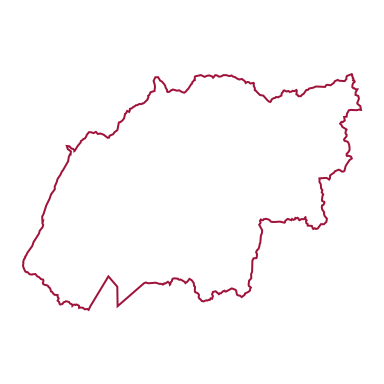 Arequipa, Arequipa, Peru (Natural Earth projection)
{"feature_id": "86281439B2261503093987", "entity_name": "Arequipa", "entity_type": "district", "adm_level": 2, "iso_a3": "PER", "parent_name": "Peru", "parent_adm1": "Arequipa", "projection": "natural_earth1", "projection_center": [-71.496, -16.361], "detail": "fine", "context": "isolated", "style": "outline", "palette": "rose", "viewbox_px": 384, "rotation_deg": 0, "n_neighbors": 0, "source": "geoboundaries", "source_scale": "gbopen_adm2", "svg_char_len": 5874}
<svg xmlns="http://www.w3.org/2000/svg" viewBox="0 0 384 384"><path d="M357.4,89.3L355.6,89.3L354.2,88.2L353.5,88.3L352.4,87.3L352.3,86.4L352.7,84.1L353.2,83.1L354.5,82.1L354.7,81.4L354.2,80.8L353.1,80.4L353.6,79.1L352.8,78.4L352.9,77.3L352.1,76.0L352.1,74.5L351.7,74.1L347.1,75.9L346.4,77.1L346.4,78.9L344.8,81.0L344.2,81.1L339.1,80.7L337.7,79.9L334.8,81.2L333.9,82.8L331.0,85.0L330.1,85.3L327.9,84.8L326.7,85.0L326.1,85.3L325.1,86.9L315.8,86.5L313.6,87.6L309.2,88.5L308.0,89.8L306.3,90.0L303.6,93.9L302.2,94.6L300.8,96.2L298.4,96.2L297.7,95.0L296.4,94.4L296.8,90.7L296.4,90.0L294.1,91.2L292.7,90.8L291.5,91.6L289.8,92.0L288.4,91.0L286.4,91.5L284.5,90.4L283.5,90.6L283.1,91.7L281.7,93.3L281.4,95.6L278.1,97.3L276.0,97.0L275.1,97.9L273.4,98.3L271.7,99.4L270.7,101.7L270.2,102.0L268.7,101.4L267.3,100.1L263.3,95.6L259.9,95.0L255.4,90.3L254.8,90.2L254.8,88.1L253.7,85.9L253.9,83.5L253.6,82.9L250.4,83.5L248.7,82.1L247.3,82.0L245.7,83.0L245.0,81.4L242.0,79.0L239.2,79.5L236.8,78.4L235.4,77.3L232.6,76.4L231.6,75.5L229.3,76.1L226.6,75.2L223.5,75.1L221.3,76.3L219.1,76.7L216.7,75.3L215.2,75.2L213.1,77.7L212.0,76.4L209.2,75.4L206.6,75.9L204.6,76.9L201.0,75.1L195.3,76.3L194.8,77.0L194.8,80.1L194.0,80.2L193.6,81.0L192.4,82.0L192.1,83.5L191.2,84.2L188.1,89.1L187.3,89.6L185.9,91.5L184.2,92.7L181.9,92.0L179.1,90.3L177.0,90.7L172.9,89.5L172.5,89.9L171.4,90.1L169.4,91.8L167.6,92.0L167.1,91.5L167.1,90.0L165.7,87.8L165.1,85.6L164.3,84.3L162.0,81.6L160.2,80.7L158.1,77.2L155.3,77.3L153.6,80.9L154.7,84.6L155.0,87.0L154.5,91.0L150.6,92.2L149.2,95.1L148.1,95.8L148.4,97.6L147.6,98.7L147.6,99.5L143.6,103.3L142.3,103.5L141.6,104.1L139.3,104.0L137.4,105.1L135.8,105.3L134.6,106.4L133.4,106.9L131.7,108.4L129.9,108.8L129.8,110.6L129.2,111.9L127.2,110.9L126.0,113.3L125.1,113.8L124.1,118.3L122.4,120.5L120.4,122.1L119.1,122.3L118.8,122.8L117.4,130.1L114.4,132.3L113.2,134.2L109.6,135.7L109.0,137.6L107.7,137.8L103.5,134.6L100.3,133.5L97.9,134.0L95.9,131.9L93.6,133.1L91.2,132.3L88.9,132.2L86.6,135.1L86.5,135.9L85.1,138.3L83.1,139.2L82.8,139.8L80.9,141.1L80.6,142.5L77.8,145.8L74.6,151.0L74.4,151.1L74.5,150.3L73.1,148.9L71.4,148.5L69.4,146.3L66.8,146.0L67.8,149.1L70.9,151.4L70.6,154.7L70.3,154.8L70.3,154.0L70.0,154.2L68.8,157.0L68.1,161.3L62.9,170.4L62.0,171.3L60.3,175.0L57.6,178.9L56.7,182.1L54.7,186.6L54.8,189.3L51.1,194.3L49.6,198.7L46.2,205.6L43.6,213.9L42.2,216.6L42.4,221.2L43.0,220.9L42.4,223.3L43.2,224.9L42.6,227.1L39.7,230.8L39.0,233.5L33.6,242.0L32.3,245.9L27.5,252.6L25.9,255.9L25.2,256.5L25.1,257.8L24.0,259.2L23.2,262.0L23.4,263.2L23.0,265.8L23.7,268.1L25.3,271.5L26.4,272.2L27.0,272.0L28.0,272.5L29.5,274.2L32.0,274.6L33.0,274.2L35.5,274.1L37.2,276.3L39.1,277.2L41.0,279.1L43.1,279.6L43.4,280.5L43.3,281.8L42.8,282.7L43.1,283.8L44.2,284.7L47.0,285.3L48.3,286.2L48.7,287.3L49.6,287.7L50.2,288.6L51.0,291.4L52.2,292.0L53.0,293.3L54.5,294.8L57.6,295.0L57.7,297.1L58.7,298.3L57.6,300.7L59.1,301.9L59.5,303.7L60.0,304.4L60.6,304.5L62.6,303.8L63.6,302.3L65.2,301.8L65.7,301.3L66.4,301.3L69.0,302.0L70.0,303.5L71.7,304.2L72.3,305.1L72.4,305.8L73.4,304.8L74.9,304.6L75.6,305.0L76.8,304.5L79.0,305.8L79.1,307.9L80.4,307.5L82.9,307.8L84.8,309.3L87.3,309.0L88.6,309.9L90.5,306.0L108.4,276.4L117.3,286.7L117.6,306.2L143.8,283.4L145.8,282.5L148.4,283.3L155.6,282.7L159.5,283.9L160.8,283.8L162.9,284.6L163.2,284.4L162.8,284.1L164.3,283.4L165.5,283.4L167.9,281.8L169.6,283.3L169.9,284.7L170.3,284.3L170.5,282.8L171.9,281.0L172.4,279.0L174.1,278.3L177.9,278.7L178.3,279.3L179.4,279.8L180.6,279.5L184.9,282.0L185.4,283.1L187.1,281.9L189.5,278.9L191.7,280.2L193.7,283.0L194.1,285.9L195.0,286.7L194.8,290.8L195.3,292.3L197.0,292.8L198.5,294.0L199.0,295.2L198.6,297.2L199.6,298.9L200.4,299.2L201.8,301.0L203.5,301.4L206.3,300.3L207.5,300.5L208.6,299.9L209.8,299.9L210.6,298.4L212.1,298.7L212.9,296.0L212.1,294.4L213.0,291.9L215.7,291.3L218.9,294.2L219.7,293.3L220.8,293.4L223.2,291.2L224.6,290.7L225.2,291.5L226.1,291.5L231.8,288.4L235.5,289.8L236.1,290.6L236.9,294.5L238.0,295.3L240.2,295.8L241.7,297.1L244.7,294.8L245.0,293.5L248.4,291.9L249.9,290.6L250.2,288.8L250.9,287.5L248.9,286.0L248.6,284.8L249.1,280.6L251.3,278.3L251.1,274.3L252.1,271.7L252.4,260.5L253.6,258.3L256.3,258.1L256.7,257.7L257.0,253.9L256.1,252.2L257.0,250.2L258.5,248.9L259.3,246.6L259.7,244.0L260.3,242.9L260.9,235.6L261.9,233.3L262.2,230.3L259.2,224.7L260.6,222.8L260.0,220.7L260.9,219.5L262.2,220.3L263.3,220.0L263.8,219.2L266.1,218.8L269.1,219.7L271.2,221.8L274.5,222.0L280.1,221.6L284.3,222.7L284.9,222.4L285.3,220.8L287.7,218.9L291.4,220.2L292.1,219.0L293.6,219.8L294.9,219.3L295.4,217.9L296.7,218.3L297.5,217.8L298.4,218.4L299.0,219.9L299.6,220.2L301.4,219.1L303.9,219.2L305.4,217.2L305.6,217.3L305.4,218.8L306.6,220.3L306.0,221.2L306.4,223.2L307.6,223.9L307.7,225.6L311.8,225.9L312.6,228.0L313.3,229.0L314.8,228.2L316.0,229.0L317.7,228.5L320.9,224.2L324.0,224.2L326.4,221.8L326.9,218.6L324.5,215.8L324.0,213.5L324.2,212.3L322.2,209.5L321.8,207.5L322.0,205.5L323.5,204.8L324.5,202.5L324.2,201.8L322.2,201.0L321.9,200.1L322.4,196.4L323.2,194.4L321.7,192.3L322.4,190.1L321.1,188.4L320.8,184.2L319.4,181.9L319.6,179.3L319.4,178.4L326.1,177.9L327.4,178.3L329.1,179.6L329.9,178.5L330.1,175.4L334.3,172.4L334.7,171.5L335.5,171.0L338.8,169.7L340.5,170.5L341.9,171.6L343.5,171.5L344.5,170.7L345.5,166.5L346.5,164.6L349.6,160.0L351.8,158.5L351.1,156.7L348.3,155.7L347.1,156.0L346.6,155.4L346.7,153.8L348.6,151.8L349.5,150.2L349.6,147.9L349.1,144.7L348.2,142.3L346.9,141.4L345.0,141.0L344.0,139.9L344.2,139.1L346.5,136.4L346.6,134.6L345.6,133.6L345.5,133.0L345.7,131.3L346.6,129.6L342.3,126.8L341.4,124.9L340.1,123.7L341.3,122.1L342.0,121.8L342.6,122.2L344.8,120.5L344.1,117.0L346.7,116.6L346.9,113.8L349.0,110.2L350.7,109.9L356.6,110.2L359.1,109.6L361.0,109.9L360.3,106.1L357.7,104.1L357.2,103.1L358.8,99.1L358.8,97.7L358.2,95.9L355.5,94.9L355.7,92.2L357.4,89.3Z" fill="none" stroke="#9f1239" stroke-width="2"/></svg>